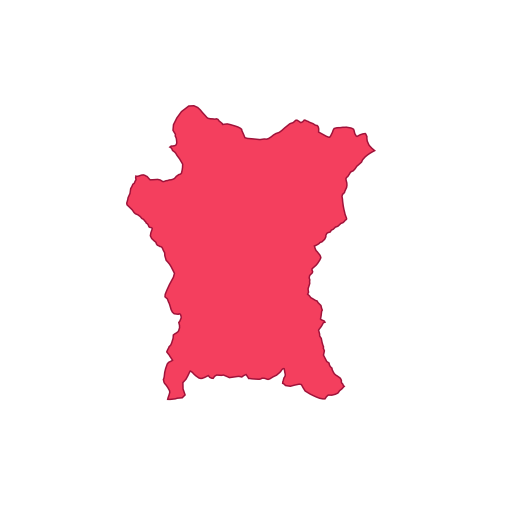 Naro, Thimphu, Bhutan, rotated 315°
{"feature_id": "84629894B37103530921458", "entity_name": "Naro", "entity_type": "district", "adm_level": 2, "iso_a3": "BTN", "parent_name": "Bhutan", "parent_adm1": "Thimphu", "projection": "orthographic", "projection_center": [89.526, 27.679], "detail": "fine", "context": "isolated", "style": "filled", "palette": "rose", "viewbox_px": 512, "rotation_deg": 315, "n_neighbors": 0, "source": "geoboundaries", "source_scale": "gbopen_adm2", "svg_char_len": 6163}
<svg xmlns="http://www.w3.org/2000/svg" viewBox="0 0 512 512"><g transform="rotate(315 256 256)"><path d="M226.2,410.6L226.2,409.3L226.8,407.8L226.8,406.5L227.2,405.5L228.3,404.5L228.9,403.2L229.2,401.7L228.6,398.2L228.2,396.6L228.1,394.7L228.6,392.7L229.5,390.2L230.4,389.0L230.3,387.3L230.6,385.7L231.3,384.2L231.9,383.5L231.9,382.9L231.4,380.7L233.6,373.8L237.3,371.4L238.4,368.8L239.5,368.0L240.3,366.2L241.7,363.7L243.9,360.4L244.4,357.7L245.9,356.0L247.8,352.7L248.5,352.5L252.2,352.0L254.6,351.4L255.6,351.0L256.4,350.9L256.9,351.0L257.9,351.6L258.3,350.4L258.1,349.8L257.7,348.8L257.1,347.2L257.0,346.2L259.9,344.2L263.2,341.6L264.6,341.1L265.4,339.4L266.9,336.9L266.9,335.5L266.9,332.9L267.4,330.9L266.7,329.7L265.9,326.3L265.3,324.2L265.6,321.7L265.5,319.5L267.7,318.7L267.9,318.2L269.1,316.6L270.1,315.7L271.4,315.1L274.6,313.4L275.8,312.0L277.2,310.9L278.1,309.1L280.0,307.8L280.6,307.7L284.0,307.7L285.1,307.0L285.6,305.6L286.6,304.7L287.2,304.7L292.0,305.0L294.2,304.8L298.1,304.0L300.6,303.1L301.4,301.7L301.9,300.1L302.0,298.7L302.3,296.3L302.3,294.6L303.2,292.3L304.4,290.2L305.4,290.7L308.0,291.5L309.6,291.8L310.8,291.7L312.6,292.6L314.9,292.7L316.5,292.7L319.0,291.8L319.8,290.9L321.9,290.1L323.0,290.2L325.5,291.5L327.5,291.0L329.6,291.7L332.8,291.7L333.6,292.3L335.2,292.9L339.1,293.0L341.0,293.9L342.9,294.0L344.5,293.8L345.8,294.1L346.6,293.5L348.5,289.4L349.6,287.7L351.1,285.2L353.3,282.0L356.0,278.5L357.3,277.0L359.0,274.6L361.0,273.5L362.0,273.8L363.9,273.5L364.6,273.0L368.5,271.6L370.3,270.3L371.9,268.5L373.5,265.8L374.4,264.8L375.7,264.5L377.1,264.7L379.9,264.1L381.9,263.6L383.2,263.8L385.0,264.5L387.7,264.4L390.8,263.8L392.9,264.0L397.1,264.2L398.8,263.5L399.7,263.3L403.3,263.1L406.4,263.4L409.1,263.9L412.2,264.7L414.4,265.4L414.1,261.8L414.2,258.6L414.4,257.2L415.9,253.4L417.5,251.3L419.0,249.8L419.2,248.9L419.8,247.6L419.8,246.6L419.2,246.2L417.9,245.2L415.3,243.9L412.0,242.9L411.7,242.0L412.4,239.3L414.1,236.5L414.6,235.3L414.0,233.3L413.3,232.1L410.9,228.7L409.6,227.6L408.3,226.3L406.3,224.8L405.0,223.5L403.4,222.2L401.4,221.1L399.5,221.6L397.5,222.6L393.6,223.9L392.0,224.1L391.4,223.4L390.3,220.9L389.6,218.4L387.9,212.6L389.7,211.0L390.5,210.1L391.3,208.7L391.5,207.7L391.5,206.9L390.8,206.1L390.4,205.2L389.9,202.7L388.3,199.1L388.0,197.7L387.1,195.9L387.0,195.1L386.2,194.0L385.8,194.1L383.9,194.1L382.0,193.4L381.5,190.8L381.1,189.1L380.4,188.3L379.8,188.1L377.1,188.0L376.2,187.8L374.6,186.9L373.3,186.4L366.9,185.7L363.0,185.5L359.8,185.0L356.7,183.5L354.0,182.8L351.1,182.5L347.9,181.8L346.1,180.9L344.6,179.1L341.1,176.5L335.9,170.1L333.1,166.8L331.8,164.5L333.0,161.7L334.7,157.3L335.4,156.3L335.3,154.7L334.5,152.1L333.3,149.6L330.8,145.0L329.1,142.3L326.1,139.9L325.5,139.6L325.4,139.2L325.8,138.5L325.4,134.3L325.7,132.6L325.1,131.1L323.6,130.1L322.5,128.6L320.7,126.6L319.5,124.8L319.2,123.5L319.6,116.3L319.9,113.4L319.8,109.8L318.3,105.8L314.5,102.4L305.4,101.2L297.7,102.4L290.5,104.8L286.2,108.4L285.7,110.3L285.1,112.9L283.7,114.1L283.4,115.1L282.8,116.5L281.8,117.8L280.5,119.4L279.8,120.1L278.2,120.9L276.6,120.6L274.4,119.0L273.8,118.3L272.1,118.1L272.4,119.3L272.4,120.2L272.1,121.2L271.6,122.4L271.8,123.5L272.0,125.2L271.9,126.6L271.6,127.8L271.3,128.9L270.6,133.5L269.1,139.2L266.7,141.4L264.6,143.0L263.5,143.7L261.9,144.7L260.4,144.7L258.9,143.8L257.4,143.6L255.8,143.3L254.8,143.5L252.9,143.5L251.1,142.8L249.6,141.9L248.6,141.0L246.6,140.0L245.7,139.2L243.9,138.4L243.0,137.8L242.7,137.4L242.0,134.5L240.6,132.3L237.4,129.5L235.0,127.3L235.0,125.9L235.2,123.1L235.1,122.4L234.8,121.8L234.4,120.3L233.7,119.0L232.2,117.8L229.2,116.3L227.9,115.3L227.6,114.6L226.3,115.5L225.1,117.2L224.3,117.4L223.3,117.7L221.3,118.5L219.7,118.2L217.1,119.2L215.1,119.7L211.1,122.7L206.8,124.3L205.1,125.5L202.0,127.2L201.0,128.6L201.1,136.0L200.5,139.1L200.6,140.9L201.6,143.3L202.0,145.9L202.0,147.0L201.8,148.6L202.4,150.7L202.1,152.4L202.2,153.6L201.7,155.1L202.0,156.7L201.7,157.9L201.0,159.6L201.0,160.2L201.3,160.9L201.8,161.5L202.1,162.2L202.2,162.9L201.9,163.3L201.1,163.8L198.0,165.3L195.6,167.0L195.0,168.7L194.6,169.9L194.7,173.6L194.9,175.1L194.8,175.9L194.2,176.8L193.9,178.6L194.4,179.8L194.8,181.4L195.4,182.2L195.6,183.3L195.3,184.5L194.5,186.4L193.7,189.1L191.7,191.4L189.4,195.6L189.4,197.3L189.1,200.6L188.4,203.6L186.1,210.6L182.6,212.6L174.6,215.0L168.7,217.2L164.7,218.9L162.8,220.5L163.0,223.7L161.6,226.7L161.2,228.0L160.2,230.0L158.0,234.0L157.2,236.6L157.3,238.9L158.8,240.9L159.9,242.3L160.8,242.5L161.3,243.8L160.5,245.5L159.3,246.9L156.1,248.2L154.4,248.4L152.9,250.9L151.1,252.8L150.0,253.3L148.7,254.0L147.5,254.4L145.1,254.1L143.9,253.7L141.7,253.4L139.3,255.5L135.0,257.8L132.7,258.7L130.3,258.7L129.9,259.0L127.3,259.8L126.3,260.2L125.4,260.5L125.0,261.0L124.6,264.6L124.2,266.1L123.3,270.7L122.2,270.5L119.0,269.4L116.9,269.6L112.5,271.7L109.1,273.8L105.7,276.5L104.1,277.5L103.2,277.8L101.6,280.4L101.3,281.5L101.1,284.0L100.6,286.7L99.6,290.2L98.4,291.6L96.2,292.8L93.5,294.1L92.2,294.9L93.9,296.7L97.9,299.9L99.8,300.9L103.6,304.1L107.6,304.1L110.4,298.4L114.8,293.8L119.4,293.6L123.1,292.5L127.9,290.8L128.3,291.0L128.7,293.2L128.6,295.7L128.7,298.0L129.4,302.0L130.4,303.6L131.5,304.5L134.0,305.6L137.7,306.8L137.5,309.1L138.2,311.0L139.2,312.2L141.7,311.8L143.9,312.3L145.0,313.5L147.2,316.0L148.8,317.1L150.4,321.0L151.2,323.2L157.6,328.0L158.8,329.0L159.7,330.4L160.4,331.5L162.9,331.9L165.2,332.8L164.5,336.3L164.2,337.5L165.1,338.4L166.3,340.0L169.0,343.1L171.1,345.4L172.4,346.3L173.7,346.6L174.7,347.5L175.6,348.6L176.3,350.0L176.7,350.9L177.3,351.8L178.8,352.6L182.6,353.5L186.3,354.8L187.7,354.9L189.9,355.1L191.7,355.1L193.7,354.7L195.1,354.7L196.1,355.3L196.2,355.7L194.0,358.8L193.0,360.4L191.8,361.4L190.7,361.8L189.8,361.9L188.2,362.7L187.4,363.3L186.0,363.9L184.8,364.9L185.2,365.7L185.3,368.5L188.2,372.4L191.7,374.4L196.0,377.2L197.2,379.0L196.2,382.3L195.3,386.2L196.7,392.0L197.9,395.5L198.9,398.2L200.4,401.6L202.1,404.1L203.1,405.2L203.8,405.8L206.3,405.3L208.7,405.4L211.2,408.0L214.2,409.8L216.9,410.8L218.1,410.7L219.5,410.4L220.3,410.4L223.0,410.7L225.5,410.5L226.2,410.6Z" fill="#f43f5e" stroke="#9f1239" stroke-width="1.5"/></g></svg>